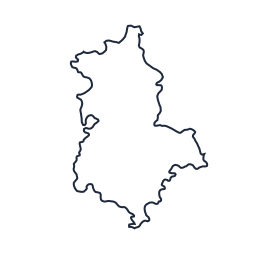 Babruysk, Mogilev, Belarus (orthographic projection), rotated 255°
{"feature_id": "67162791B49466941565536", "entity_name": "Babruysk", "entity_type": "district", "adm_level": 2, "iso_a3": "BLR", "parent_name": "Belarus", "parent_adm1": "Mogilev", "projection": "orthographic", "projection_center": [29.167, 53.064], "detail": "fine", "context": "isolated", "style": "outline", "palette": "slate", "viewbox_px": 256, "rotation_deg": 255, "n_neighbors": 0, "source": "geoboundaries", "source_scale": "gbopen_adm2", "svg_char_len": 5127}
<svg xmlns="http://www.w3.org/2000/svg" viewBox="0 0 256 256"><g transform="rotate(255 128 128)"><path d="M226.5,154.3L225.1,153.3L220.9,151.4L219.3,150.2L217.3,149.0L216.0,147.5L214.5,145.2L213.7,143.6L212.6,141.2L214.1,138.7L215.3,135.9L216.5,134.0L217.5,132.1L217.8,129.7L216.9,127.4L214.9,128.0L212.1,128.1L209.0,127.0L207.8,125.0L206.7,122.5L206.8,119.6L207.7,118.8L209.4,117.9L210.7,116.2L210.9,114.6L210.6,112.4L210.7,109.3L211.3,107.1L212.7,105.2L213.2,104.9L212.5,103.8L212.0,101.7L211.9,98.7L211.3,96.7L209.6,95.9L208.0,96.8L207.0,97.5L205.4,96.7L205.5,94.5L206.0,93.4L206.5,92.2L206.8,91.1L206.7,90.2L205.6,89.6L203.9,89.4L201.3,89.9L200.2,91.3L199.8,92.5L198.8,93.7L196.4,94.2L194.9,94.3L194.3,95.7L194.1,96.6L192.8,97.4L191.6,97.6L189.3,98.3L188.3,99.6L187.5,101.4L186.6,102.7L185.7,103.7L183.5,104.6L181.8,104.7L179.3,104.5L177.3,103.7L176.2,102.3L174.8,100.0L174.1,98.1L173.2,95.8L172.6,93.0L172.6,91.6L172.5,90.4L173.0,89.3L173.1,87.9L171.8,87.0L170.4,86.9L169.0,88.4L167.5,89.9L165.9,90.3L163.2,90.1L161.4,89.1L159.7,88.0L158.4,86.9L157.1,86.5L154.3,86.3L152.7,86.1L149.8,85.8L148.4,85.5L145.6,84.9L142.6,85.4L142.0,86.9L143.1,88.4L144.5,88.7L146.4,89.2L147.7,90.0L149.3,91.6L150.0,93.1L150.1,95.4L149.3,96.8L148.2,97.5L146.2,98.4L145.9,98.9L144.5,100.6L143.8,101.3L142.5,101.4L141.2,99.1L140.8,97.7L140.3,96.5L139.3,95.5L138.2,94.3L137.3,92.5L137.2,90.9L137.7,89.4L138.4,88.4L138.9,87.3L138.4,85.2L136.4,84.6L134.7,85.6L133.8,87.2L133.1,88.2L132.1,88.7L131.1,88.3L130.1,86.4L129.7,85.1L129.2,84.0L128.1,82.2L127.0,81.7L126.4,80.7L126.5,78.5L126.5,77.8L125.5,77.2L121.8,77.0L120.4,77.0L118.8,76.4L118.0,75.5L117.2,74.6L116.4,74.3L115.1,74.6L114.1,74.2L114.0,72.7L113.8,71.3L112.8,70.6L111.5,70.4L110.0,69.9L108.8,68.4L107.9,67.0L107.2,66.3L105.7,66.3L104.2,65.8L102.4,64.8L100.3,64.8L98.1,65.6L97.0,66.2L95.7,66.2L93.0,66.1L92.2,65.8L91.5,64.8L90.2,62.9L89.1,61.5L87.7,61.0L85.8,60.9L83.5,61.2L81.7,61.8L80.3,62.5L79.5,64.0L78.7,65.6L78.3,66.8L77.9,68.6L78.6,70.1L79.0,71.0L80.1,72.5L81.8,72.7L82.9,73.5L83.7,75.1L83.8,75.9L83.5,77.3L83.2,78.2L82.4,78.8L80.8,78.9L79.1,78.8L77.0,79.0L75.5,79.5L74.5,80.3L74.1,81.2L73.6,82.3L72.5,84.0L71.4,84.4L70.1,84.3L68.8,83.8L67.2,83.5L65.7,83.4L64.3,84.2L63.1,86.0L62.8,87.6L62.7,89.6L62.2,91.3L61.3,93.4L60.8,94.7L59.9,95.9L58.8,97.0L57.3,97.6L55.7,98.4L54.6,99.1L53.7,100.4L53.1,101.6L52.6,103.8L51.7,105.0L50.6,105.7L48.7,106.5L47.1,106.9L46.3,107.3L45.2,108.2L44.4,109.4L43.8,109.9L43.0,110.7L41.8,111.2L41.0,110.9L41.1,109.6L41.3,108.6L40.9,107.8L40.0,107.6L39.0,107.8L37.7,108.2L36.1,108.9L34.6,109.5L33.6,109.6L34.1,108.0L34.3,106.1L34.4,104.2L32.8,103.5L32.1,103.6L31.9,104.7L31.5,105.6L30.7,107.0L29.4,108.4L29.7,109.4L29.8,112.0L30.0,113.1L30.8,114.2L32.2,115.6L33.2,117.1L33.8,118.3L34.1,119.8L33.9,120.9L33.4,122.0L32.8,122.8L32.9,123.8L33.6,124.8L34.7,125.0L36.4,124.8L38.0,123.7L38.9,123.1L40.3,123.0L42.7,122.8L45.3,123.0L46.5,123.4L47.8,124.0L48.5,124.7L49.2,125.6L49.6,126.8L50.1,128.7L50.3,130.0L49.8,132.2L49.2,133.3L48.5,133.9L47.9,134.7L47.2,136.0L47.3,137.2L47.9,137.9L49.0,138.7L49.1,139.1L48.8,140.4L49.2,140.9L49.7,141.3L50.4,141.5L51.3,141.5L53.1,140.8L55.1,140.9L56.8,141.2L58.1,141.6L58.9,142.2L59.7,143.2L60.0,144.4L59.8,146.2L59.7,147.6L60.5,148.1L61.9,148.0L62.8,147.1L63.5,146.4L64.4,145.9L65.4,146.5L66.4,147.3L67.6,148.2L68.6,149.7L68.6,150.6L68.3,151.3L67.6,152.5L66.7,153.0L66.3,154.2L66.5,154.8L67.7,155.7L68.8,156.3L69.6,157.4L69.6,158.5L69.5,159.7L69.7,161.0L70.9,162.0L72.1,161.5L72.6,160.0L73.0,158.5L74.2,156.5L75.1,156.5L76.0,157.4L76.9,158.7L78.3,160.2L79.6,161.3L80.2,163.5L79.9,164.8L79.2,166.0L78.1,167.3L76.7,168.1L75.8,168.9L75.5,170.4L75.6,171.7L76.0,173.1L76.0,174.3L76.5,175.5L77.2,177.0L76.7,179.1L75.9,180.2L74.9,181.2L73.0,181.8L72.2,182.1L71.0,183.1L70.6,184.0L70.8,185.3L71.4,186.8L71.5,188.6L71.6,190.0L71.2,191.6L70.8,193.2L71.0,194.5L72.4,195.1L73.7,195.0L74.8,194.6L75.7,193.9L76.5,193.1L77.9,192.7L79.4,193.0L81.2,193.7L82.4,194.4L83.1,195.0L83.1,192.6L84.4,191.6L87.4,191.6L89.7,191.6L93.1,191.0L95.3,190.7L98.0,189.8L99.5,189.6L100.8,189.3L102.8,188.4L104.3,189.0L105.4,190.7L106.7,191.9L108.3,191.2L109.8,189.8L110.8,188.5L111.3,187.3L111.0,185.8L111.2,183.7L111.5,182.3L111.0,180.5L110.1,178.5L109.8,176.9L110.8,175.4L112.5,173.6L114.6,171.6L116.1,170.1L118.4,167.4L120.0,165.4L120.8,163.7L121.2,161.5L122.4,159.9L122.7,157.9L122.7,156.4L123.3,154.6L124.3,154.2L126.2,155.0L127.2,156.4L128.1,158.5L130.3,159.5L132.6,160.1L134.2,162.5L136.0,164.1L139.7,164.8L141.9,164.4L145.6,164.2L148.8,164.2L151.2,164.5L153.5,166.2L154.5,167.8L156.1,170.4L158.6,171.4L160.1,171.3L160.8,170.8L161.4,168.9L161.9,167.1L162.6,166.6L163.9,167.3L164.4,168.5L164.6,170.0L165.7,172.5L168.1,174.9L171.4,174.6L174.0,173.2L176.8,170.8L179.3,167.7L182.3,165.3L185.6,162.6L188.6,161.6L192.7,161.3L194.6,161.5L196.8,162.7L198.6,163.2L199.8,162.9L201.5,161.5L202.8,160.1L204.9,159.8L206.3,160.6L208.8,161.6L211.7,162.3L213.7,162.2L215.6,162.8L214.4,164.9L215.5,166.8L218.0,165.8L220.8,165.9L223.3,165.4L223.4,163.7L223.7,160.2L224.5,159.3L226.1,157.4L226.6,154.4L226.5,154.3Z" fill="none" stroke="#1e293b" stroke-width="2"/></g></svg>